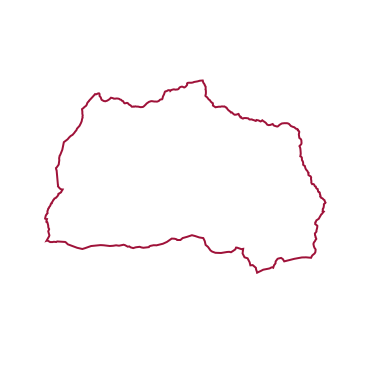 Rau Alb, Dâmbovita, Romania (Natural Earth projection), rotated 295°
{"feature_id": "2599482B47539139457453", "entity_name": "Rau Alb", "entity_type": "district", "adm_level": 2, "iso_a3": "ROU", "parent_name": "Romania", "parent_adm1": "Dâmbovita", "projection": "natural_earth1", "projection_center": [25.346, 45.149], "detail": "fine", "context": "isolated", "style": "outline", "palette": "rose", "viewbox_px": 384, "rotation_deg": 295, "n_neighbors": 0, "source": "geoboundaries", "source_scale": "gbopen_adm2", "svg_char_len": 5987}
<svg xmlns="http://www.w3.org/2000/svg" viewBox="0 0 384 384"><g transform="rotate(295 192 192)"><path d="M182.7,327.7L184.4,327.7L185.6,327.9L188.1,329.1L189.7,329.2L192.0,328.4L192.4,328.0L193.1,326.7L194.2,325.5L196.2,324.0L197.8,323.8L199.4,324.2L200.7,324.2L201.9,324.5L202.4,324.2L203.3,323.0L203.9,322.8L204.8,321.8L206.4,320.9L208.4,321.5L208.8,321.5L209.5,321.1L212.3,320.6L214.1,320.0L214.4,319.8L215.0,317.2L216.4,316.6L216.7,316.9L217.3,316.7L217.9,316.8L218.8,316.7L221.3,318.2L226.3,318.6L227.3,319.1L228.4,319.2L228.9,319.5L229.9,319.7L229.8,318.5L231.1,318.2L231.5,317.8L232.2,317.7L233.3,317.9L235.7,317.2L236.6,316.7L237.2,316.8L238.1,317.4L238.8,317.5L239.5,316.5L240.6,315.5L240.7,314.7L241.4,312.8L241.3,311.5L241.9,310.9L241.9,310.3L242.1,310.0L243.3,309.8L243.7,309.2L244.4,308.5L244.8,308.5L245.2,308.2L245.7,307.5L245.5,306.7L245.8,306.1L247.8,304.6L247.7,304.0L247.8,303.9L248.0,303.0L249.2,301.9L249.1,301.1L249.3,300.7L249.7,300.3L250.3,299.5L250.5,298.9L250.3,298.1L249.9,297.6L250.2,297.0L251.0,296.1L252.3,295.6L254.2,294.3L255.6,293.8L256.3,292.9L256.5,290.5L257.8,289.6L258.3,289.7L258.7,289.5L258.7,289.1L259.9,287.5L260.5,286.0L261.3,284.9L263.3,283.2L263.4,281.8L263.7,281.2L265.3,280.5L266.7,279.4L266.9,278.8L267.5,278.1L269.6,277.0L270.1,276.1L270.1,275.1L272.6,274.4L274.8,273.2L276.9,272.0L278.2,271.0L279.0,270.0L281.5,270.8L282.6,270.6L285.0,269.3L285.8,268.5L286.4,266.4L289.5,264.4L291.3,264.0L292.1,263.6L292.5,262.8L292.5,262.1L292.6,261.8L293.3,261.7L293.6,260.9L293.3,259.4L293.9,257.4L293.7,256.1L293.6,253.8L294.7,251.1L294.7,250.0L294.5,249.0L293.6,247.0L292.5,245.1L291.9,244.3L289.9,243.0L287.8,242.1L287.3,241.5L286.9,238.9L286.9,237.9L287.7,236.4L285.7,234.4L285.0,233.2L284.8,231.8L285.9,229.6L286.3,227.6L286.3,226.9L286.7,225.4L285.2,224.6L284.9,224.3L285.0,222.1L284.5,220.0L283.5,219.9L283.3,219.6L283.3,218.1L283.0,216.1L283.1,215.6L282.0,213.4L282.5,211.8L281.8,209.6L281.1,208.1L280.6,207.4L280.1,207.2L280.0,206.7L280.1,204.3L280.4,204.0L280.8,204.2L281.1,202.7L282.4,201.3L282.4,201.0L281.8,200.5L281.0,199.6L280.1,198.2L280.1,197.1L281.0,194.3L280.5,193.7L281.0,192.8L281.0,192.4L281.3,191.7L281.4,190.7L282.2,188.9L282.9,187.9L283.1,187.2L282.9,186.9L283.2,185.9L283.2,185.0L282.7,184.4L282.3,183.1L281.8,182.3L281.1,181.5L280.8,180.5L278.7,177.4L278.8,177.1L279.2,174.4L280.6,173.8L281.3,173.3L281.3,172.3L281.6,171.9L281.8,170.8L282.7,169.6L283.0,167.9L283.8,166.5L284.3,165.4L284.6,163.8L285.3,163.3L286.5,163.2L288.4,162.4L290.3,161.4L290.6,160.9L291.2,160.8L293.3,159.8L293.9,158.7L294.5,158.3L294.7,157.8L295.3,157.3L295.7,156.3L296.0,155.9L297.6,154.6L296.2,152.1L294.7,150.4L292.6,147.4L291.6,146.5L290.6,145.0L289.8,143.1L289.0,141.9L288.5,141.7L288.1,141.7L287.4,142.2L286.9,142.3L285.0,141.8L283.7,141.1L283.4,140.6L283.4,138.9L283.2,138.3L282.7,137.6L281.5,136.6L279.6,136.2L278.9,135.6L277.7,133.6L277.4,132.2L276.4,130.9L275.6,130.1L274.4,129.6L274.9,129.1L274.2,127.4L272.6,126.3L272.0,125.4L271.7,125.2L271.0,125.1L268.7,125.4L266.3,125.3L264.0,125.8L263.3,125.6L263.0,125.0L262.4,124.3L261.9,123.9L260.8,123.6L260.1,123.1L259.2,122.2L258.0,119.4L257.4,117.3L257.0,116.5L255.5,114.9L252.9,113.4L252.0,113.2L249.4,112.2L248.5,111.7L247.9,110.9L247.1,109.4L246.6,107.0L245.8,105.2L245.7,104.5L244.8,103.4L244.9,103.1L243.9,101.6L243.9,101.3L244.5,99.9L244.7,97.8L245.4,96.2L245.3,95.4L244.2,94.0L243.9,93.4L244.1,92.7L245.1,91.3L245.2,91.0L245.1,90.0L245.6,88.8L245.4,87.7L245.6,86.8L245.5,85.9L245.0,84.3L244.1,82.9L244.1,82.7L243.6,81.9L243.6,80.6L243.2,78.7L241.2,78.0L239.0,76.6L237.6,75.1L237.2,73.7L237.3,71.6L237.5,70.9L239.2,69.3L239.9,67.7L241.7,66.8L242.1,66.3L242.1,66.0L241.7,65.3L240.2,64.0L239.8,63.5L239.8,62.8L236.7,61.9L231.1,60.1L230.8,60.2L229.5,59.7L228.4,59.5L226.6,59.7L225.7,59.6L225.0,59.4L223.6,58.6L222.4,58.2L220.6,57.3L218.6,58.6L216.5,59.6L215.2,60.6L213.7,61.0L213.3,61.4L211.4,61.6L209.6,62.1L207.4,62.2L204.4,62.1L200.8,61.0L199.0,61.1L197.4,60.6L196.1,60.4L193.3,59.6L191.6,58.4L189.5,57.6L187.2,57.0L183.0,54.8L175.5,56.6L169.8,56.9L169.1,56.7L166.5,57.3L164.7,58.3L160.5,59.6L157.2,59.0L156.2,58.6L154.8,59.6L154.5,60.1L141.9,67.4L141.7,67.7L140.5,68.1L139.3,70.8L139.2,71.7L139.2,72.7L139.6,73.7L139.2,73.7L137.1,73.4L136.5,73.5L135.6,73.0L134.0,71.8L133.7,71.7L133.2,72.1L132.6,71.9L131.6,71.9L130.8,71.7L130.0,71.3L129.5,71.3L127.8,70.0L127.0,70.1L126.2,69.7L123.9,69.6L123.1,69.3L122.8,69.3L122.4,69.7L121.7,69.2L121.2,69.1L120.3,69.3L119.3,69.3L117.8,68.9L117.2,69.1L116.2,68.7L115.7,68.9L113.4,69.1L111.8,70.0L111.6,69.8L110.9,69.7L110.4,69.8L109.9,69.5L108.5,69.5L105.8,70.1L105.8,71.3L106.1,72.0L104.6,72.2L104.1,72.6L103.4,72.6L103.3,72.9L103.7,73.3L103.5,73.6L103.1,73.7L102.9,74.2L100.6,76.0L99.7,76.4L98.9,77.0L98.0,78.2L97.6,78.3L95.7,78.3L94.1,79.6L92.6,81.0L91.4,81.2L86.4,80.8L86.6,81.0L86.9,82.1L86.7,84.6L87.7,86.8L88.5,87.8L89.3,90.1L90.2,90.7L93.1,98.1L93.0,99.1L92.1,101.6L92.9,111.5L94.0,116.7L95.9,118.8L100.4,123.4L105.2,131.5L106.4,134.5L108.3,140.3L109.9,143.2L111.6,145.7L112.5,148.6L115.3,152.3L115.5,153.7L115.3,156.9L116.2,158.2L115.9,159.7L116.3,162.4L118.1,164.4L120.2,167.7L120.4,169.6L120.9,171.5L123.8,176.2L124.8,176.4L125.6,177.1L127.6,179.8L128.7,182.4L132.8,187.5L136.2,190.4L141.2,193.3L142.3,196.0L142.6,198.1L142.2,198.8L143.6,201.8L146.3,203.0L149.3,206.5L152.8,210.2L153.4,213.4L153.9,217.8L155.0,221.7L152.9,224.3L149.8,226.7L149.0,229.7L146.9,233.4L146.5,235.4L146.8,238.9L149.0,244.1L152.5,249.2L153.5,251.0L153.9,252.8L155.9,254.1L158.3,255.5L160.2,255.4L160.6,256.3L161.1,261.0L162.1,262.4L157.7,263.8L155.0,267.2L155.4,270.4L152.7,273.9L150.2,275.9L151.4,277.9L150.3,281.9L148.9,282.8L147.4,284.3L146.4,285.1L149.5,287.7L151.7,289.4L154.6,293.4L155.6,294.7L157.0,295.7L157.7,296.5L157.7,297.6L160.3,297.3L161.4,297.6L162.8,297.8L163.8,297.3L164.8,297.2L167.6,297.8L168.3,298.5L169.9,300.6L169.6,302.6L168.1,304.9L174.7,313.0L179.1,319.2L181.0,323.0L182.7,327.7Z" fill="none" stroke="#9f1239" stroke-width="2"/></g></svg>